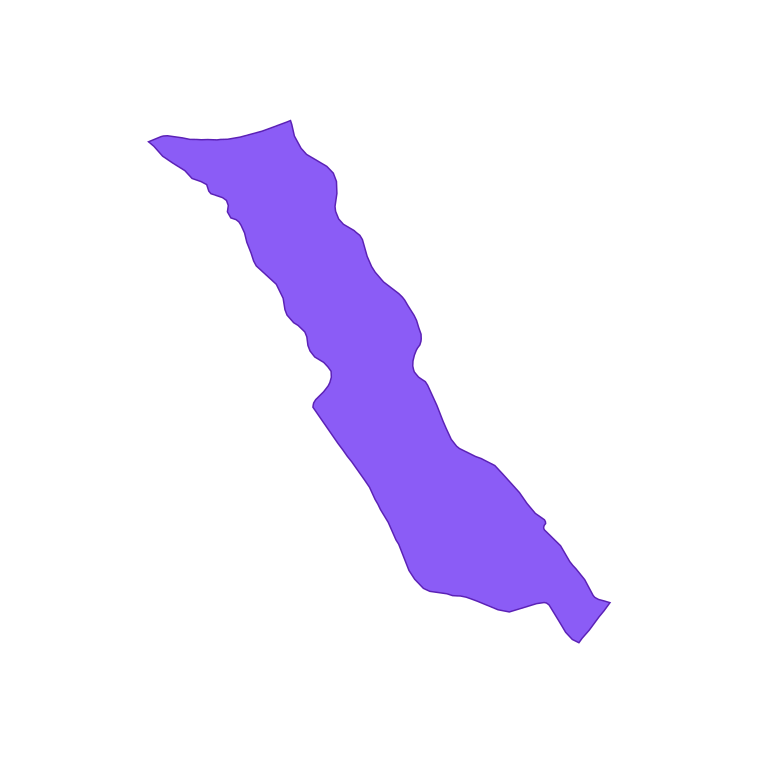 San Juan Cotzal, Quiché, Guatemala (Mercator projection), rotated 248°
{"feature_id": "79465075B84889349679373", "entity_name": "San Juan Cotzal", "entity_type": "district", "adm_level": 2, "iso_a3": "GTM", "parent_name": "Guatemala", "parent_adm1": "Quiché", "projection": "mercator", "projection_center": [-91.017, 15.425], "detail": "fine", "context": "isolated", "style": "filled", "palette": "violet", "viewbox_px": 768, "rotation_deg": 248, "n_neighbors": 0, "source": "geoboundaries", "source_scale": "gbopen_adm2", "svg_char_len": 2296}
<svg xmlns="http://www.w3.org/2000/svg" viewBox="0 0 768 768"><g transform="rotate(248 384 384)"><path d="M96.6,511.6L100.2,507.1L103.8,502.3L105.8,500.6L107.4,499.4L109.6,498.7L127.4,496.8L140.9,492.7L145.0,491.1L149.8,489.7L167.9,487.1L188.6,478.1L190.1,478.0L191.4,478.4L192.9,479.6L194.1,481.6L195.9,482.1L198.0,481.9L207.4,475.8L219.8,471.8L232.6,468.9L255.1,460.7L266.9,456.2L275.9,448.4L278.4,446.3L282.5,441.7L295.9,429.8L297.7,428.8L299.1,428.0L307.5,425.6L319.4,425.0L327.3,424.8L344.2,425.0L366.4,424.0L370.7,423.2L374.3,420.7L377.5,418.6L380.3,417.7L383.9,416.6L386.3,416.8L389.9,417.4L394.5,419.5L399.4,423.0L403.2,426.6L404.8,428.6L406.8,431.9L409.8,434.3L411.9,435.4L416.3,437.0L423.0,437.3L430.7,438.0L436.4,437.6L447.9,435.5L454.1,434.6L457.6,433.6L462.0,431.7L477.8,422.4L478.8,421.8L490.9,417.7L497.5,416.5L508.7,416.2L526.0,418.1L530.9,417.3L534.9,415.0L537.4,413.8L547.3,406.2L554.0,403.8L562.2,403.8L567.0,405.1L578.3,411.7L589.6,415.8L598.5,416.0L607.2,412.5L625.9,398.2L633.6,395.4L647.5,393.8L659.1,395.7L663.3,396.0L663.3,391.8L663.4,388.4L664.1,365.7L666.8,343.2L669.5,330.7L672.0,324.0L672.9,320.6L676.7,312.1L678.9,306.1L680.9,301.9L683.5,295.7L687.8,289.2L695.3,276.2L696.6,272.3L696.9,269.9L696.8,256.4L690.6,259.7L678.1,264.1L667.7,271.1L656.4,279.3L646.5,283.0L640.2,290.2L635.3,294.3L628.5,293.8L625.3,294.8L617.3,304.1L613.2,306.7L607.8,306.5L602.3,303.3L595.4,304.2L591.8,308.4L588.6,310.2L584.8,310.9L576.3,311.3L566.9,309.9L555.1,309.8L546.9,309.2L541.3,309.8L516.8,321.5L501.3,322.6L490.0,320.0L484.2,319.9L474.7,323.2L470.5,326.3L461.9,330.1L456.6,330.1L448.2,327.9L442.3,327.8L435.0,329.9L426.6,336.2L420.9,338.4L415.6,339.7L410.0,337.7L405.7,334.4L403.2,331.6L399.4,325.1L397.3,320.1L395.1,314.8L392.8,311.7L390.9,310.4L389.1,309.4L346.0,319.1L338.5,321.1L330.7,322.9L324.1,324.9L302.8,329.9L293.6,331.9L280.3,332.5L274.9,333.3L268.8,333.7L254.1,336.1L234.9,336.7L229.9,337.6L201.7,337.3L191.5,339.3L179.7,344.0L174.6,348.8L165.9,363.8L162.1,368.3L159.8,373.2L158.9,375.3L155.6,380.3L151.9,384.5L147.4,389.4L132.0,405.1L125.7,414.8L123.2,443.2L121.4,450.6L120.1,452.6L117.3,454.3L98.0,457.5L93.6,458.2L85.7,459.4L76.6,462.9L71.1,467.8L74.0,472.4L78.9,482.1L87.7,496.4L91.2,502.9L96.6,511.6Z" fill="#8b5cf6" stroke="#5b21b6" stroke-width="1.5"/></g></svg>